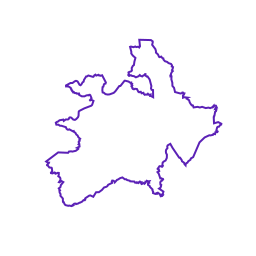 the district of Huehuetlán el Grande, Puebla, Mexico, rotated 246°
{"feature_id": "50627088B86745888605421", "entity_name": "Huehuetlán el Grande", "entity_type": "district", "adm_level": 2, "iso_a3": "MEX", "parent_name": "Mexico", "parent_adm1": "Puebla", "projection": "natural_earth1", "projection_center": [-98.149, 18.758], "detail": "fine", "context": "isolated", "style": "outline", "palette": "violet", "viewbox_px": 256, "rotation_deg": 246, "n_neighbors": 0, "source": "geoboundaries", "source_scale": "gbopen_adm2", "svg_char_len": 5819}
<svg xmlns="http://www.w3.org/2000/svg" viewBox="0 0 256 256"><g transform="rotate(246 128 128)"><path d="M176.3,149.8L175.2,150.1L175.0,150.6L175.2,151.7L174.8,152.4L174.0,152.8L172.9,154.6L171.1,155.8L171.0,158.7L171.6,160.3L170.4,160.8L169.3,162.0L169.8,163.5L169.6,164.3L170.3,165.6L170.1,165.9L168.8,165.3L167.3,166.1L167.2,166.8L163.5,167.5L156.8,166.4L154.8,165.1L153.3,165.1L152.5,166.3L145.9,163.5L148.0,161.9L148.2,161.4L149.4,162.3L149.9,160.5L151.2,160.1L150.7,158.9L151.4,158.0L151.5,156.8L152.7,156.3L153.9,156.4L154.2,154.5L155.9,154.4L156.2,153.5L156.1,152.7L156.8,152.2L160.0,152.0L161.0,150.3L160.9,149.2L161.6,148.4L162.4,148.1L162.9,148.5L164.5,148.1L164.8,148.7L165.6,148.7L165.6,149.1L166.2,148.8L166.8,149.7L167.5,149.1L168.2,149.4L168.4,148.5L170.2,147.4L172.4,144.6L172.6,144.1L169.5,138.2L169.9,137.1L166.7,131.4L165.9,129.2L166.2,124.9L166.8,123.1L168.1,121.2L170.0,120.3L170.8,119.3L172.9,119.9L175.7,121.4L175.8,122.3L177.7,123.8L177.9,124.5L177.7,125.5L178.6,126.3L186.7,125.8L186.8,124.3L187.5,123.7L187.6,123.0L188.6,122.7L188.8,120.3L190.0,119.9L189.8,118.7L188.9,117.3L188.9,116.9L192.1,113.1L191.8,111.4L192.1,110.7L189.8,107.3L188.4,106.3L188.2,105.1L186.7,103.0L186.4,102.0L187.2,101.3L190.9,100.9L191.9,100.2L192.3,99.4L192.3,98.2L191.7,95.6L192.5,93.8L192.1,88.7L191.3,88.4L191.1,89.6L190.6,89.5L190.4,90.3L188.0,92.0L186.9,91.8L186.4,92.1L185.8,91.8L184.9,92.3L184.2,92.0L183.5,92.6L182.9,92.4L182.6,93.2L182.2,93.1L181.5,93.7L181.1,94.7L180.4,95.0L180.4,95.4L179.5,96.4L179.5,97.2L179.0,97.2L178.7,96.7L178.0,96.9L175.7,98.7L174.6,101.2L174.7,103.2L174.3,104.7L173.9,105.2L174.1,105.9L173.9,106.6L173.3,106.9L170.0,106.8L168.6,103.9L168.5,106.2L166.8,107.5L163.7,104.6L163.3,103.5L163.7,96.1L163.4,90.4L162.9,89.6L159.3,87.8L158.2,86.7L157.2,84.3L157.0,82.8L158.0,81.4L160.5,80.4L161.3,79.4L161.3,78.6L160.3,77.4L160.2,76.7L161.1,74.6L160.6,72.2L162.0,72.3L162.9,68.6L162.3,66.2L162.5,65.6L162.2,64.2L160.2,63.9L159.4,65.7L157.7,66.8L157.2,68.0L154.0,71.6L152.5,71.5L151.1,72.1L150.6,73.2L150.7,73.8L147.3,76.4L147.3,77.2L146.1,77.2L145.1,78.0L143.2,78.1L141.6,78.9L139.8,78.9L137.6,79.9L137.2,78.9L136.0,78.7L136.0,78.1L135.3,77.2L133.9,77.2L133.2,76.2L132.6,76.8L130.8,76.2L130.6,73.5L129.7,74.4L129.1,74.1L128.4,71.0L129.1,67.5L129.8,66.6L130.5,64.5L129.7,63.2L134.1,54.3L130.7,39.6L129.2,40.5L128.5,41.7L128.1,41.3L127.2,39.0L126.9,38.9L126.2,39.5L123.9,40.1L122.8,42.0L122.3,42.1L119.4,41.2L118.5,39.4L118.1,39.3L117.2,40.6L117.3,42.7L116.8,43.2L116.0,43.0L115.7,43.2L115.6,45.7L115.1,46.5L113.3,45.7L112.3,44.7L110.4,45.8L109.0,45.6L108.0,45.1L106.6,42.9L106.2,43.4L106.8,45.5L104.9,46.9L103.2,43.5L101.4,42.1L101.0,40.2L98.8,40.5L98.8,39.9L96.8,39.3L95.0,39.5L93.6,38.7L90.1,39.8L87.2,38.6L86.6,38.6L86.4,39.1L84.3,39.1L83.0,39.5L81.2,41.8L81.1,42.7L79.6,44.7L79.6,46.3L80.1,46.0L80.7,48.2L80.2,49.5L79.6,49.6L79.3,51.7L79.5,53.3L79.3,53.8L79.4,56.1L80.2,58.0L79.6,59.1L79.9,59.8L80.6,59.8L81.2,60.5L82.0,65.1L81.7,66.2L79.3,68.3L82.3,72.7L81.2,75.3L82.0,79.0L83.4,81.9L83.1,84.3L83.3,85.5L84.2,86.8L84.3,91.2L85.8,91.4L86.4,92.2L85.9,93.1L84.9,93.8L83.7,93.8L85.1,96.9L85.0,97.9L85.4,100.5L85.1,102.8L82.5,104.2L81.9,105.5L80.8,106.0L79.2,108.1L78.4,108.3L76.5,112.0L75.2,112.2L74.8,112.9L74.9,113.6L74.1,113.9L74.3,115.0L73.5,115.3L74.2,117.1L73.4,117.4L73.0,118.2L72.4,117.5L71.3,117.6L71.2,118.8L71.5,119.7L70.4,120.4L70.9,121.0L70.8,121.3L71.9,122.1L71.4,123.1L72.1,123.7L71.0,124.9L70.7,125.9L70.3,125.3L69.3,125.1L69.4,124.0L69.0,123.5L67.7,123.2L66.4,124.2L65.2,124.1L61.9,125.4L60.9,124.9L59.7,125.1L58.4,124.4L56.6,126.2L56.4,126.9L56.9,127.3L56.8,128.6L56.0,128.4L56.0,129.4L54.3,130.3L53.5,130.1L53.3,130.7L52.3,130.3L52.0,131.5L52.6,132.8L53.5,132.2L53.5,132.9L55.5,134.5L60.0,131.7L60.3,133.4L61.4,134.5L62.5,135.2L63.1,134.6L65.3,135.4L66.0,136.3L66.1,137.8L66.8,139.2L67.2,139.2L67.5,138.3L68.4,138.2L68.8,137.0L73.8,137.5L75.7,137.0L75.9,139.0L77.7,139.3L78.0,139.3L77.6,138.8L78.6,138.4L80.3,141.2L79.6,142.6L78.7,143.3L78.8,143.7L79.3,144.5L80.1,144.3L82.3,145.6L82.8,146.9L83.0,149.1L84.9,151.3L87.8,152.7L89.8,152.6L91.5,153.2L92.7,154.1L93.5,155.8L95.3,156.4L96.0,157.2L96.3,160.2L91.8,160.6L80.5,162.6L79.9,162.8L79.7,163.5L77.0,164.0L75.6,163.8L73.5,165.1L72.0,164.9L70.5,165.4L71.4,165.9L72.2,167.1L72.1,168.1L73.1,169.5L73.6,172.1L74.6,173.0L74.9,175.7L85.8,187.5L88.2,194.2L88.3,199.3L87.7,200.3L87.2,202.9L87.9,203.7L87.0,205.0L88.6,206.1L87.9,207.9L88.4,208.5L89.8,207.7L92.2,209.6L92.6,210.3L92.2,211.6L93.3,213.5L93.2,214.5L93.9,215.0L96.7,212.8L97.3,208.5L103.0,210.7L103.0,210.9L103.9,211.4L104.0,211.9L107.4,214.2L107.5,215.1L108.2,215.5L108.6,216.2L109.9,216.0L110.0,215.4L110.7,216.2L110.4,217.4L112.6,217.4L113.2,216.4L112.7,214.8L113.4,215.1L112.7,213.5L112.7,211.2L113.9,209.8L114.6,207.1L117.2,204.3L117.5,202.0L119.0,200.2L120.1,196.3L122.2,196.5L122.5,196.2L122.5,195.7L123.6,195.2L126.2,194.8L128.5,195.1L131.2,193.4L131.5,192.7L131.5,194.8L133.2,192.0L133.3,190.6L135.5,191.5L135.7,192.6L136.7,193.6L137.2,192.9L138.1,192.6L138.3,192.0L137.9,191.5L138.2,189.9L141.7,185.6L146.0,186.4L148.4,185.7L151.3,186.9L154.8,187.4L157.6,188.8L157.9,188.8L158.0,187.8L158.9,188.1L159.2,188.9L160.0,189.3L161.2,190.6L161.8,192.1L163.0,191.7L163.8,192.8L165.3,193.9L166.4,193.0L167.3,193.7L169.0,193.4L170.8,191.4L172.4,190.7L174.0,188.9L176.2,188.2L177.2,188.6L178.2,187.7L179.7,187.4L179.8,185.8L180.4,185.3L183.0,185.3L185.5,184.2L186.8,184.8L189.0,185.1L194.2,183.9L196.1,185.4L197.1,185.8L199.0,184.7L204.0,174.2L197.8,172.2L197.0,171.0L198.1,170.4L198.6,168.4L199.5,167.8L199.6,165.9L201.2,163.8L201.3,162.9L196.1,162.0L194.8,161.3L192.3,161.8L189.0,163.3L186.1,160.9L183.1,159.0L182.8,157.7L181.3,155.8L178.9,154.9L178.5,154.1L178.7,151.2L178.4,150.9L176.7,150.8L176.3,149.8Z" fill="none" stroke="#5b21b6" stroke-width="2"/></g></svg>